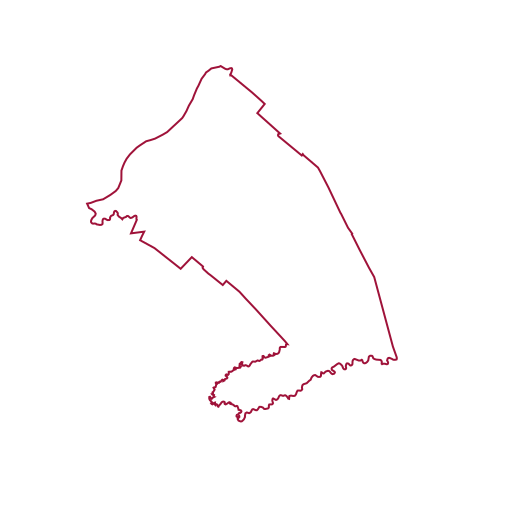 the district of Lavalle, Corrientes, Argentina, rotated 29°
{"feature_id": "61730980B29008980854450", "entity_name": "Lavalle", "entity_type": "district", "adm_level": 2, "iso_a3": "ARG", "parent_name": "Argentina", "parent_adm1": "Corrientes", "projection": "mercator", "projection_center": [-58.887, -29.013], "detail": "fine", "context": "isolated", "style": "outline", "palette": "rose", "viewbox_px": 512, "rotation_deg": 29, "n_neighbors": 0, "source": "geoboundaries", "source_scale": "gbopen_adm2", "svg_char_len": 6140}
<svg xmlns="http://www.w3.org/2000/svg" viewBox="0 0 512 512"><g transform="rotate(29 256 256)"><path d="M429.1,278.3L428.9,277.5L428.2,276.4L419.6,268.8L369.6,217.1L360.5,211.5L343.7,200.4L329.2,190.5L329.3,189.8L322.8,186.7L309.9,177.8L308.9,177.3L286.2,161.0L270.9,150.8L267.3,148.6L248.7,144.8L247.5,144.2L247.3,145.9L217.4,140.3L216.6,139.6L216.4,138.6L217.7,137.2L187.9,130.4L189.9,118.8L185.7,117.7L173.4,114.9L146.5,109.9L146.0,110.5L145.5,110.0L145.5,107.8L144.8,104.4L144.0,103.6L143.4,103.6L142.2,104.5L140.8,106.4L139.5,107.0L138.3,107.2L133.0,107.0L132.1,108.3L126.0,113.6L124.7,116.9L123.3,119.7L123.3,121.6L122.5,127.3L123.1,135.1L123.1,138.2L123.9,145.3L124.6,149.5L124.4,157.0L124.9,163.0L124.8,168.8L124.6,171.1L118.2,190.7L115.6,195.1L110.8,202.3L107.5,205.8L104.3,208.9L100.7,215.8L99.1,219.2L96.5,228.2L95.7,233.6L95.7,237.9L96.1,241.9L96.9,246.5L101.6,255.2L102.6,263.4L101.8,267.2L99.1,273.0L94.8,280.5L89.6,285.1L85.7,289.7L82.9,292.1L86.8,295.0L89.6,294.8L93.3,295.4L95.2,296.6L95.6,297.8L95.6,298.8L94.5,302.2L94.5,304.3L94.8,305.5L95.3,306.3L96.1,306.7L96.9,306.9L97.8,306.7L99.3,305.7L100.4,305.4L101.2,305.6L104.5,304.5L105.6,303.7L106.2,302.7L105.9,301.6L104.8,299.9L104.4,298.6L104.4,297.7L104.8,297.1L105.8,296.6L106.6,296.5L107.5,296.7L108.9,296.5L110.4,295.5L110.5,294.8L110.3,294.1L109.7,293.1L109.7,292.0L109.8,291.2L111.2,289.3L111.3,288.4L110.7,286.9L110.5,285.7L110.9,284.9L111.7,284.5L113.3,285.0L113.9,285.2L114.6,285.9L115.0,287.1L115.6,287.4L117.0,288.0L119.7,288.2L121.3,288.7L121.4,287.1L123.4,284.8L123.6,283.8L124.5,283.1L125.2,283.1L127.2,283.6L128.0,283.5L129.1,282.3L130.2,279.9L130.9,279.2L131.8,279.0L132.5,279.6L133.5,281.7L134.2,282.1L135.7,296.8L146.4,288.9L146.6,293.7L147.0,298.4L163.4,298.3L196.3,303.7L200.4,288.1L214.8,290.9L215.0,292.2L216.5,293.0L222.9,294.5L225.4,294.8L241.0,297.5L242.1,292.1L258.9,295.3L267.4,298.2L281.6,302.7L302.3,309.8L322.7,316.5L326.2,317.9L325.5,318.2L325.2,318.9L325.9,320.8L325.5,321.5L321.6,323.6L321.3,324.5L321.6,325.4L322.0,325.9L322.8,328.7L322.8,329.9L322.4,330.8L322.0,331.3L320.6,332.3L319.6,332.2L318.8,332.4L319.0,333.2L320.0,333.8L319.5,334.7L318.7,335.3L317.8,335.8L315.6,335.7L315.3,336.5L316.6,336.9L315.6,338.3L313.6,340.4L312.6,340.5L311.0,339.8L310.3,340.3L310.6,341.2L311.7,342.4L311.7,343.5L310.9,343.9L310.4,345.3L309.8,346.2L308.0,346.6L306.6,348.8L304.4,349.8L304.0,350.5L303.5,353.7L303.6,354.8L303.2,356.0L302.7,356.4L300.8,356.3L299.5,356.7L299.0,357.6L297.8,358.2L297.1,357.8L296.1,358.2L295.4,357.6L295.3,356.9L295.9,356.5L295.6,355.5L294.8,355.7L294.5,356.3L294.5,357.4L294.0,358.1L294.9,360.3L295.2,360.8L296.3,360.4L296.3,361.3L294.0,363.0L293.0,363.4L293.2,365.0L292.6,365.5L292.0,365.3L292.2,364.6L292.1,363.6L291.4,363.7L291.1,364.3L291.1,365.0L291.9,366.5L291.3,367.4L291.1,368.2L290.2,369.5L289.6,369.6L288.3,370.5L289.4,372.4L289.2,373.5L288.5,373.7L287.8,373.7L287.3,374.2L287.2,375.0L287.6,375.5L288.4,375.4L289.5,375.9L290.0,376.4L289.9,377.2L288.6,378.6L288.3,379.5L288.8,380.1L288.0,381.3L287.4,380.4L286.5,380.5L286.2,381.4L286.0,383.2L285.3,383.3L284.8,384.0L285.1,384.8L284.5,385.3L283.4,385.4L282.6,385.7L282.2,386.2L282.6,386.8L284.0,386.4L283.6,388.1L284.2,390.0L283.8,390.8L283.1,391.1L282.7,391.8L284.6,393.0L284.5,395.3L284.1,396.3L284.8,396.7L285.1,397.4L284.4,398.1L285.2,398.4L286.0,397.9L286.7,397.9L287.1,399.6L287.8,399.5L286.8,401.0L286.6,401.6L286.5,402.4L285.5,402.2L284.0,401.4L283.5,401.9L284.0,403.0L284.8,403.9L285.6,404.4L288.3,405.2L288.8,405.6L288.2,406.6L288.9,406.9L289.8,406.9L290.4,406.0L290.5,404.8L291.2,404.1L291.9,405.7L292.8,406.1L292.9,404.9L294.1,404.8L295.5,406.1L296.2,406.0L296.1,405.1L296.7,402.6L296.9,400.6L297.5,399.6L298.3,399.0L299.2,398.9L299.8,399.4L299.9,400.1L300.4,400.6L301.4,400.5L302.6,398.6L303.0,397.5L303.6,396.8L304.5,396.7L304.8,397.7L305.4,397.8L306.1,397.0L306.9,397.4L308.4,397.1L310.0,397.6L310.8,397.5L311.9,396.4L312.6,396.4L314.7,398.2L315.3,399.0L317.4,398.3L318.5,398.8L318.7,399.8L318.2,400.9L317.5,401.2L317.2,402.3L317.2,403.3L316.3,404.2L316.3,404.9L316.8,405.8L318.2,406.0L319.0,404.2L319.5,404.8L318.9,407.4L320.4,408.4L321.2,408.4L322.9,408.1L323.7,407.5L324.1,406.5L324.6,404.7L324.4,402.0L323.9,401.4L323.0,398.7L323.8,397.3L326.2,396.8L326.8,395.9L327.2,394.7L327.0,393.2L327.2,391.8L328.0,391.2L330.4,391.0L331.5,390.5L331.9,389.4L332.1,386.3L333.6,385.5L335.4,385.2L337.3,385.8L338.3,385.3L340.4,383.5L340.7,382.4L339.6,380.2L339.6,379.4L341.8,378.1L342.2,377.6L342.2,376.4L341.2,375.5L340.2,374.3L339.8,373.0L340.0,372.3L343.3,372.2L344.2,371.0L344.4,369.4L344.2,367.6L344.4,366.5L345.1,365.7L347.5,365.2L348.9,363.7L350.2,363.6L352.3,364.4L353.3,365.1L354.2,364.9L353.4,363.1L353.1,362.2L354.3,361.1L355.6,360.7L357.1,360.0L357.9,359.1L358.0,357.3L357.6,355.3L357.6,353.6L358.8,352.8L360.2,352.3L360.9,351.4L361.0,350.0L360.0,348.9L359.4,347.2L359.3,346.1L359.8,345.0L362.0,342.7L363.1,339.1L363.8,337.8L363.5,335.3L363.9,333.2L364.7,332.0L365.6,331.4L368.6,331.7L369.8,331.2L370.8,330.4L370.9,329.3L369.8,327.1L369.5,326.0L370.2,325.9L370.9,326.2L371.5,326.2L372.2,325.8L372.8,323.8L373.2,323.0L374.6,321.5L375.7,321.2L376.5,321.3L378.7,322.2L380.1,322.3L381.3,321.2L381.5,320.4L381.4,319.5L380.8,319.1L380.2,319.0L377.6,318.8L376.8,318.0L376.6,317.4L376.7,316.5L377.8,314.9L379.4,311.2L380.4,309.7L381.1,309.5L382.1,309.5L384.0,310.0L385.0,310.5L386.2,311.6L387.1,312.1L387.9,312.3L388.8,312.0L389.3,311.4L389.2,310.3L387.9,308.8L387.4,306.9L387.5,306.0L388.0,305.6L389.1,305.3L391.2,306.0L391.9,305.9L392.5,305.3L392.8,304.4L392.7,303.7L391.4,301.1L391.3,299.9L391.7,298.7L392.2,298.2L396.6,297.6L397.9,296.9L398.8,295.5L399.4,295.6L400.5,296.7L401.5,297.3L402.4,297.4L403.0,297.2L403.8,296.5L404.6,294.7L404.8,292.9L403.6,289.5L403.7,288.8L404.2,287.9L405.7,287.1L406.5,287.2L408.2,288.6L409.5,288.7L411.4,288.3L415.4,286.5L416.9,287.1L417.4,287.7L418.1,289.3L418.7,289.5L419.4,288.6L421.0,287.7L422.2,287.5L423.0,287.2L423.6,286.3L423.3,285.3L422.7,284.7L421.3,283.8L420.9,281.9L421.2,281.0L422.1,280.4L424.8,280.1L425.7,280.2L426.8,280.0L428.5,279.0L429.1,278.3Z" fill="none" stroke="#9f1239" stroke-width="2"/></g></svg>